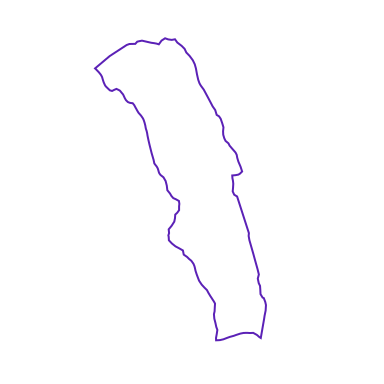 the district of South Mugirango, Nyanza, Kenya, rotated 162°
{"feature_id": "3690345B2420334970551", "entity_name": "South Mugirango", "entity_type": "district", "adm_level": 2, "iso_a3": "KEN", "parent_name": "Kenya", "parent_adm1": "Nyanza", "projection": "natural_earth1", "projection_center": [34.664, -0.838], "detail": "fine", "context": "isolated", "style": "outline", "palette": "violet", "viewbox_px": 384, "rotation_deg": 162, "n_neighbors": 0, "source": "geoboundaries", "source_scale": "gbopen_adm2", "svg_char_len": 2816}
<svg xmlns="http://www.w3.org/2000/svg" viewBox="0 0 384 384"><g transform="rotate(162 192 192)"><path d="M217.4,254.7L217.8,250.1L218.1,245.7L218.4,241.3L218.5,237.7L218.6,234.4L219.0,230.8L218.6,229.6L217.7,227.1L217.3,225.1L217.3,223.3L217.4,221.2L217.3,219.8L216.7,218.0L216.2,217.2L214.6,214.8L213.7,210.6L214.0,205.9L214.9,201.3L213.4,197.4L212.8,194.6L211.7,192.0L209.6,190.1L207.2,187.5L207.7,184.6L208.7,182.4L209.9,178.7L212.5,176.8L214.9,175.7L216.3,172.3L218.0,169.3L221.9,166.1L225.7,163.7L226.5,160.0L227.9,158.0L228.0,156.7L228.9,153.2L227.0,149.2L224.5,145.4L221.6,142.4L218.7,139.2L219.2,135.0L216.7,131.7L215.5,129.3L213.9,126.8L212.8,123.3L212.6,120.7L212.7,119.0L213.0,115.8L213.0,112.1L212.9,109.8L212.8,107.9L212.7,105.7L212.5,104.8L211.4,100.9L209.7,97.2L208.1,94.1L207.5,90.7L207.2,89.5L206.7,87.3L206.1,85.2L205.8,84.0L205.2,81.8L204.8,80.1L204.6,78.7L205.8,75.7L207.4,71.5L208.9,69.0L209.9,64.7L210.2,60.0L210.6,56.2L210.5,53.0L212.4,49.2L214.2,45.9L214.5,45.0L214.9,43.5L211.2,42.5L207.6,42.2L203.9,42.4L200.7,42.5L196.8,42.3L194.1,42.4L189.8,42.4L186.4,42.0L183.1,41.0L180.3,39.9L177.3,39.1L174.6,36.2L174.1,35.5L172.9,33.4L171.7,31.9L162.7,48.9L161.2,51.9L158.6,56.5L156.6,61.6L156.3,64.8L156.5,68.9L157.5,69.8L158.4,73.7L157.2,78.1L156.3,81.7L156.7,84.7L156.2,89.3L153.9,92.9L153.5,98.3L153.1,107.9L152.8,114.1L152.3,128.4L151.7,132.7L150.6,135.3L150.5,173.8L152.7,176.4L153.1,180.0L151.6,183.5L150.2,187.1L149.6,189.9L149.3,192.5L149.0,193.8L148.6,195.3L145.6,194.6L142.5,194.2L140.8,194.6L138.0,196.0L138.0,201.1L138.5,206.6L138.4,210.6L138.0,213.5L138.4,216.1L140.1,220.1L141.9,224.4L142.3,227.0L144.3,230.2L144.7,233.1L144.6,236.8L143.7,240.1L142.1,243.8L142.0,248.3L142.1,252.8L142.9,255.6L144.7,257.7L144.6,262.8L145.9,267.0L146.6,271.2L147.5,276.4L148.4,281.4L149.2,285.8L150.6,290.0L151.0,291.5L151.3,293.2L151.4,296.9L150.9,302.3L150.1,308.2L149.9,312.6L150.5,317.0L152.2,322.1L154.3,326.4L154.8,330.4L156.7,334.2L159.8,338.7L161.0,342.5L164.2,342.9L167.5,344.5L170.1,346.5L174.2,345.4L177.9,342.7L179.9,344.1L182.1,345.3L184.6,346.5L188.8,349.0L192.8,351.4L195.3,351.7L197.6,351.9L200.2,350.4L202.4,351.1L205.8,352.1L208.7,352.0L228.3,346.7L246.0,339.5L245.3,338.2L243.6,334.7L242.5,331.8L242.2,330.4L242.0,329.1L242.1,326.2L242.1,324.9L242.1,323.7L241.8,320.8L241.6,319.8L241.1,318.6L240.0,316.5L238.7,314.1L236.8,312.8L234.3,313.2L233.1,313.3L232.0,313.4L230.1,311.6L229.2,310.6L228.0,307.5L227.4,306.1L227.1,303.8L226.9,302.0L226.4,299.7L225.2,297.4L223.8,296.2L222.8,295.6L221.0,294.8L220.6,293.8L220.1,292.5L219.6,289.6L219.3,288.3L219.1,287.0L218.4,283.9L216.9,280.5L216.0,277.5L215.8,276.4L215.7,275.1L215.7,272.5L215.9,269.4L216.1,268.2L216.3,266.5L216.3,264.1L216.4,262.9L216.5,261.8L216.9,259.3L217.4,254.7Z" fill="none" stroke="#5b21b6" stroke-width="2"/></g></svg>